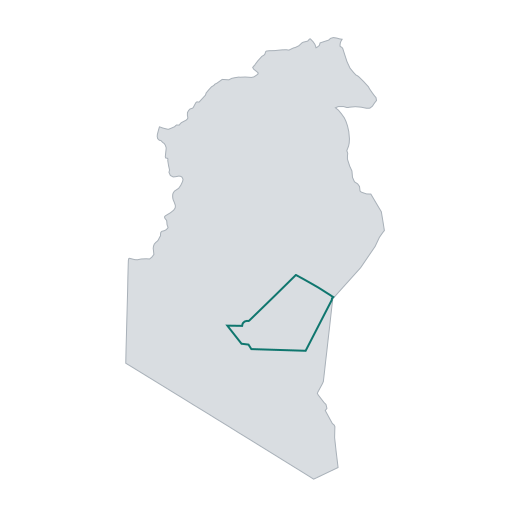 location of Borkou Yala, Borkou, Chad, rotated 182°
{"feature_id": "50815135B13621547433724", "entity_name": "Borkou Yala", "entity_type": "district", "adm_level": 2, "iso_a3": "TCD", "parent_name": "Chad", "parent_adm1": "Borkou", "projection": "robinson", "projection_center": [17.629, 17.462], "detail": "fine", "context": "in_parent", "style": "outline", "palette": "teal", "viewbox_px": 512, "rotation_deg": 182, "n_neighbors": 0, "source": "geoboundaries", "source_scale": "gbopen_adm2", "svg_char_len": 4036}
<svg xmlns="http://www.w3.org/2000/svg" viewBox="0 0 512 512"><g transform="rotate(182 256 256)"><path d="M382.4,144.3L382.6,156.6L382.7,169.0L382.8,181.3L382.9,193.7L383.0,206.0L383.1,218.4L383.3,230.7L383.4,243.1L383.4,247.1L383.1,248.8L383.0,249.0L382.5,249.3L376.8,248.1L374.3,248.1L370.7,249.0L365.6,249.4L362.2,249.3L359.9,251.4L358.1,254.0L359.0,260.1L358.8,262.1L358.1,264.3L356.6,266.1L355.0,267.5L354.1,268.8L352.9,271.5L352.1,272.8L352.2,274.6L351.9,276.4L350.9,277.4L348.5,278.1L347.0,278.9L345.7,280.2L344.9,281.2L345.3,282.5L346.0,284.2L346.3,286.9L346.6,288.5L347.8,289.8L348.5,290.8L348.8,291.9L348.1,292.9L345.1,294.9L343.9,295.6L342.6,296.6L342.1,297.0L339.9,298.9L338.8,300.6L338.3,301.9L338.4,303.9L339.5,306.7L340.7,309.2L341.2,311.0L341.4,313.0L341.3,315.0L340.7,316.6L339.6,318.1L335.6,321.0L333.6,324.1L332.0,327.8L331.6,329.9L332.1,331.2L332.9,332.4L334.1,333.0L335.9,333.2L338.8,332.5L341.5,332.1L344.4,333.5L345.9,336.6L345.4,338.9L346.5,343.1L347.5,348.2L347.4,349.9L347.8,350.5L349.7,350.8L350.1,352.0L349.5,360.9L350.4,363.4L351.6,365.2L353.0,366.1L354.3,367.3L355.1,368.1L356.7,368.3L358.4,369.9L358.9,372.0L358.8,374.1L357.8,378.6L357.0,381.7L355.9,381.4L353.8,380.7L351.2,380.1L348.1,379.5L345.1,380.8L341.8,382.4L340.8,383.5L339.9,384.2L338.5,384.1L337.1,384.3L336.4,385.5L335.2,386.7L330.6,389.3L329.6,390.3L329.0,391.2L329.0,392.2L329.5,394.3L329.5,397.0L328.4,399.1L327.2,400.5L325.8,401.1L324.7,401.4L323.9,402.2L321.5,407.1L320.4,408.0L318.3,407.8L312.1,415.0L311.5,417.2L309.2,420.2L306.4,423.5L303.8,425.2L303.6,425.8L302.9,426.4L301.3,427.2L295.9,431.3L289.3,431.1L286.4,432.7L283.6,433.4L279.5,434.2L278.2,434.1L273.0,434.5L266.8,434.3L264.4,434.9L262.1,436.5L260.5,437.8L260.2,438.3L260.5,438.9L260.4,439.3L264.8,442.6L265.9,444.3L264.8,445.9L264.2,446.1L263.5,447.5L260.9,451.2L257.1,455.7L255.1,457.0L254.3,457.8L253.3,460.8L252.6,461.2L250.0,461.6L244.7,461.9L237.4,462.9L233.0,463.2L230.3,462.9L226.5,464.9L225.1,465.5L224.3,465.6L220.5,467.6L217.4,470.7L216.3,471.3L211.8,472.6L210.1,474.7L209.3,474.9L206.4,472.1L204.5,469.5L203.5,467.0L203.4,466.2L202.9,466.3L201.3,467.5L200.0,468.7L199.4,471.2L194.8,472.9L190.9,474.3L189.1,476.1L186.3,477.0L182.8,476.6L180.1,475.9L177.5,475.6L178.7,473.4L179.2,471.7L179.4,469.7L179.2,468.3L177.6,467.6L176.6,466.5L174.3,460.1L171.9,453.5L168.6,447.0L165.0,442.9L162.4,440.3L161.6,440.0L160.2,439.2L159.3,438.5L154.5,434.1L149.6,429.1L148.3,426.9L145.8,423.5L143.1,420.1L141.6,418.5L141.0,415.6L142.9,413.1L144.9,409.8L147.4,407.7L150.7,407.5L156.1,408.4L161.9,408.7L167.6,408.0L169.1,407.6L170.6,407.6L173.6,408.4L179.0,408.2L181.8,406.9L178.8,404.7L175.6,401.1L172.6,397.2L170.8,393.7L169.1,389.2L167.6,383.5L166.7,376.3L166.8,372.2L167.3,369.2L168.9,364.5L167.9,361.6L168.1,359.4L168.0,356.0L167.4,354.3L165.4,348.8L165.0,348.1L163.1,344.3L162.3,337.9L160.2,333.6L156.9,331.6L155.0,329.1L154.3,324.6L153.0,323.5L147.8,321.9L143.4,321.9L140.2,316.9L136.1,310.5L132.3,304.6L129.9,292.7L128.6,285.9L130.2,283.8L133.3,279.0L137.3,269.7L146.4,255.3L151.0,248.0L160.2,237.0L171.5,223.5L177.8,215.9L178.9,202.1L180.0,187.5L180.9,176.4L181.9,163.3L182.8,152.3L183.4,144.3L184.3,133.0L185.1,130.9L189.5,122.0L189.9,120.8L189.0,119.3L182.8,111.8L180.9,110.1L179.8,106.2L181.4,104.0L173.9,91.3L172.0,89.8L171.2,88.2L171.2,85.9L171.1,77.2L169.1,63.4L166.6,47.5L175.4,42.9L182.1,39.4L190.6,35.0L198.5,39.6L209.9,46.1L221.3,52.6L232.8,59.2L244.2,65.7L255.7,72.3L267.2,78.8L278.6,85.4L290.1,91.9L301.6,98.5L313.2,105.0L324.7,111.6L336.2,118.1L347.8,124.7L359.3,131.2L370.9,137.8L382.4,144.3Z" fill="#d9dde1" stroke="#a8b0b8" stroke-width="1"/><path d="M282.2,185.4L279.4,182.0L267.4,167.8L267.2,167.8L260.4,167.2L257.4,162.8L203.1,163.0L179.0,214.1L178.7,214.8L178.6,216.2L177.4,217.7L178.7,218.4L180.4,219.5L184.7,222.0L188.9,224.5L192.9,226.8L207.2,234.3L215.2,238.3L215.4,238.4L215.5,238.4L235.1,217.7L260.6,191.1L261.2,190.8L263.1,190.8L265.1,190.1L266.6,188.6L267.1,187.6L267.4,185.7L282.2,185.4Z" fill="none" stroke="#0f766e" stroke-width="2"/></g></svg>